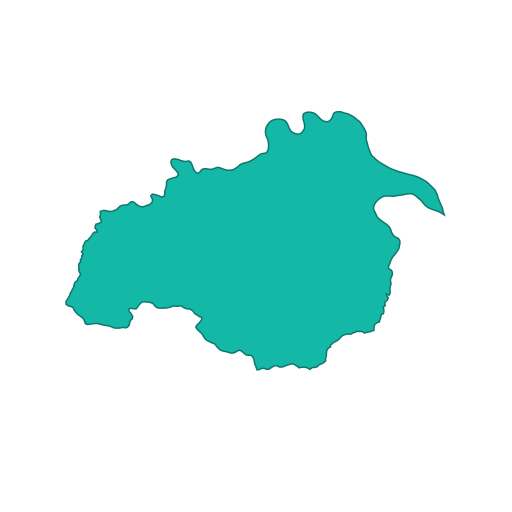 Felixlândia, Minas Gerais, Brazil (Albers equal-area conic projection), rotated 148°
{"feature_id": "56859067B66190002912803", "entity_name": "Felixlândia", "entity_type": "district", "adm_level": 2, "iso_a3": "BRA", "parent_name": "Brazil", "parent_adm1": "Minas Gerais", "projection": "albers", "projection_center": [-44.964, -18.693], "detail": "fine", "context": "isolated", "style": "filled", "palette": "teal", "viewbox_px": 512, "rotation_deg": 148, "n_neighbors": 0, "source": "geoboundaries", "source_scale": "gbopen_adm2", "svg_char_len": 6113}
<svg xmlns="http://www.w3.org/2000/svg" viewBox="0 0 512 512"><g transform="rotate(148 256 256)"><path d="M315.5,158.9L313.3,157.9L310.8,157.7L308.7,156.5L307.0,154.2L304.8,153.1L302.1,153.3L298.8,153.2L296.4,152.0L295.2,149.7L293.3,148.3L291.0,147.5L287.6,147.0L282.4,145.5L280.9,143.6L279.8,141.4L278.7,138.3L276.8,137.8L275.0,136.8L273.1,135.6L271.6,133.6L270.3,131.3L267.3,131.5L264.6,130.1L262.7,129.6L260.6,130.3L255.6,129.6L252.7,130.1L251.0,132.6L249.3,134.0L247.9,136.1L246.1,138.3L243.5,139.6L241.2,139.4L240.0,140.9L238.1,141.2L235.6,141.6L232.9,141.2L229.8,141.4L227.6,142.1L225.3,142.6L222.8,142.3L220.5,141.8L218.7,140.6L216.9,139.4L214.3,139.4L212.3,138.7L210.4,138.7L207.8,136.8L206.0,135.9L204.8,133.1L202.5,132.7L199.9,131.5L197.4,131.0L195.5,130.4L194.2,132.5L191.8,134.9L188.7,135.4L186.5,134.6L185.0,136.0L182.8,137.8L180.8,140.0L178.5,139.6L177.1,141.0L176.1,142.6L175.3,145.1L172.8,145.4L171.2,148.6L168.1,148.9L165.9,150.6L166.4,152.8L165.5,154.8L164.0,152.2L161.9,153.4L160.1,156.7L158.6,158.9L156.6,160.3L155.6,162.3L154.8,164.5L153.0,166.0L150.5,167.7L149.0,169.9L148.7,172.3L150.0,174.4L149.5,176.8L146.6,178.6L144.5,180.4L143.0,181.4L140.6,182.7L135.8,184.3L133.0,185.5L130.8,186.7L129.0,188.6L127.0,190.8L125.9,192.9L125.9,195.3L127.2,197.4L128.5,200.0L128.5,204.4L127.7,207.2L127.6,209.8L127.9,211.6L128.7,214.3L130.1,217.2L131.1,219.8L131.9,222.3L132.5,224.4L132.3,227.1L131.8,229.4L131.8,231.7L131.4,233.6L130.0,235.5L128.3,236.9L126.1,238.0L124.1,238.6L121.9,239.1L118.9,239.2L116.7,239.1L114.7,238.4L112.8,237.3L107.4,233.6L104.7,232.6L102.9,231.8L101.2,230.9L99.3,230.2L96.9,229.3L94.4,228.3L92.1,227.1L89.9,225.0L88.8,222.8L88.1,220.6L87.4,218.2L86.6,215.6L86.2,212.4L85.7,209.1L84.3,205.6L82.6,203.2L81.4,201.6L80.1,200.1L79.0,198.6L77.7,197.1L76.7,195.4L75.8,193.7L74.5,191.1L73.9,194.1L72.9,196.7L72.3,199.0L71.9,202.1L71.4,205.8L70.7,209.1L70.0,211.1L69.7,213.2L69.3,215.6L69.4,218.3L70.0,220.6L71.0,224.8L71.5,226.8L72.3,229.1L73.6,231.6L75.2,234.6L77.0,237.4L78.7,239.5L80.2,241.3L81.9,242.8L83.3,244.3L85.4,246.6L87.3,248.7L91.4,253.2L93.0,255.5L94.9,257.9L96.4,260.2L97.6,262.5L98.8,264.8L100.0,267.0L101.0,268.9L101.8,270.7L102.6,272.7L104.0,277.6L104.6,279.7L104.4,282.3L103.9,285.0L103.4,287.4L102.9,289.7L102.1,291.8L101.5,294.1L100.5,297.1L98.8,299.3L97.8,300.9L97.1,302.8L96.7,306.1L96.7,313.3L97.0,315.4L98.0,317.8L98.9,320.7L99.7,322.8L100.9,324.8L101.9,326.7L103.4,328.6L105.3,330.4L107.8,333.5L110.5,335.2L112.2,335.8L114.5,335.8L116.0,334.7L117.6,333.4L120.2,332.0L123.2,331.7L125.2,332.6L127.4,334.8L128.6,337.6L129.2,340.4L129.7,342.8L130.2,344.7L131.5,347.0L134.2,349.6L137.4,351.2L140.3,351.4L142.0,349.8L143.0,348.0L143.8,346.3L144.5,343.6L145.8,340.4L147.5,338.3L150.4,336.8L152.3,336.4L154.2,336.3L156.4,337.5L158.6,339.8L160.1,343.0L160.2,346.5L159.8,348.7L159.3,351.3L159.3,354.3L160.5,356.8L162.4,358.7L164.6,360.3L166.7,361.4L168.6,362.0L170.6,362.5L173.3,362.3L175.2,361.7L177.3,360.9L179.1,359.7L180.5,358.5L181.9,356.8L183.0,354.8L183.7,352.7L184.0,350.6L184.4,348.1L185.3,345.9L186.5,343.4L187.8,341.6L189.4,339.7L191.3,338.4L193.0,338.1L195.0,338.9L197.4,339.9L200.5,339.9L203.1,339.6L205.6,339.4L207.8,339.4L210.2,339.5L213.1,339.9L216.4,341.0L218.9,341.7L221.0,341.9L223.7,341.3L226.6,341.2L229.7,341.3L232.1,342.3L234.2,343.5L235.7,344.7L237.3,346.6L239.3,349.2L240.9,351.1L242.6,351.9L246.9,352.7L249.0,353.8L250.9,355.4L252.8,356.9L254.8,357.9L256.9,357.9L258.6,357.1L261.0,356.7L262.5,358.4L262.9,360.3L262.8,363.1L262.1,366.3L261.6,369.3L262.0,371.6L263.6,372.7L265.4,373.3L267.0,374.5L269.2,376.8L270.9,379.1L272.7,380.7L274.3,382.0L276.3,382.4L278.2,381.1L279.2,378.7L279.5,375.6L279.0,373.1L278.5,370.7L278.2,368.4L278.9,365.7L282.1,365.2L284.2,365.9L287.0,366.7L290.1,367.4L292.3,366.5L293.5,364.9L294.6,363.3L296.1,361.6L298.2,360.1L299.5,358.6L300.6,356.7L302.8,355.4L304.9,356.1L306.4,358.3L307.8,360.1L309.2,361.8L311.2,363.4L313.4,362.7L313.7,360.5L313.8,358.5L315.6,356.7L318.5,356.0L322.3,356.8L325.2,357.4L326.9,358.4L328.9,360.5L330.0,363.4L330.7,365.4L331.6,367.3L333.7,368.3L336.7,367.5L339.1,368.1L342.3,369.8L345.0,370.3L347.3,369.8L349.6,369.3L351.7,369.6L353.5,369.9L355.3,370.6L357.1,371.8L358.9,373.7L361.1,375.5L364.6,376.3L365.3,374.3L366.6,373.0L368.0,371.8L368.3,369.3L368.8,367.0L371.7,366.8L374.8,367.8L376.6,366.5L377.8,364.7L377.1,362.6L378.0,360.5L380.1,361.8L382.3,361.6L383.9,360.7L386.1,359.7L388.3,359.3L390.6,358.4L392.8,359.0L395.1,357.4L397.6,355.9L399.2,353.0L401.9,352.0L401.5,349.4L403.7,348.5L405.0,346.4L406.8,346.1L407.8,344.0L409.8,343.6L411.3,342.1L412.2,340.3L413.5,338.5L414.3,336.1L414.3,333.7L416.3,332.3L418.9,331.3L420.4,329.8L422.8,329.8L425.0,328.6L427.2,326.1L429.6,325.0L431.2,323.7L433.2,322.9L434.9,321.2L437.4,320.0L439.4,318.9L441.1,318.3L442.7,315.7L441.4,312.9L439.4,310.9L438.5,309.1L438.9,306.5L438.6,303.7L438.1,301.1L437.3,298.9L436.1,296.3L435.6,293.3L436.5,289.2L435.4,287.4L432.9,286.1L429.9,284.9L427.0,283.4L425.2,281.7L423.4,279.8L421.5,277.9L419.8,276.5L417.6,274.4L416.0,272.5L415.0,270.8L413.6,269.5L411.9,268.4L410.1,267.3L408.3,266.6L406.3,265.7L404.6,264.1L402.5,263.8L400.2,264.5L398.5,266.3L396.5,267.9L394.2,268.4L392.5,270.2L392.5,273.4L392.8,275.4L392.5,277.9L390.5,278.5L388.3,276.6L385.8,274.7L383.6,275.4L381.7,276.2L379.5,277.0L376.9,277.3L375.0,276.3L372.7,274.7L370.7,273.0L368.6,270.5L368.0,266.1L367.0,264.3L365.3,262.8L362.8,261.3L361.1,260.3L359.3,259.3L356.1,258.1L352.9,257.6L351.1,256.4L349.5,255.1L347.8,254.3L346.0,253.7L345.0,251.3L343.3,248.5L341.0,246.8L339.8,245.3L338.7,243.0L338.5,240.0L337.9,238.3L336.9,236.6L336.0,234.2L334.5,233.0L335.6,231.1L337.5,230.1L340.1,229.3L343.0,228.6L344.7,227.6L344.8,225.2L344.2,222.9L343.7,220.9L343.1,218.9L343.1,216.2L343.2,213.6L342.6,210.9L340.8,207.8L339.2,205.5L337.6,203.4L337.3,200.8L336.8,197.4L335.9,194.9L334.0,192.5L331.6,190.3L330.0,188.4L328.2,186.5L325.5,185.4L323.4,185.3L320.7,185.3L318.7,183.4L317.8,180.1L316.8,177.3L315.1,175.9L313.1,174.7L312.2,172.4L312.5,169.7L313.4,167.2L314.2,165.0L314.7,162.0L315.5,158.9Z" fill="#14b8a6" stroke="#0f766e" stroke-width="1.5"/></g></svg>